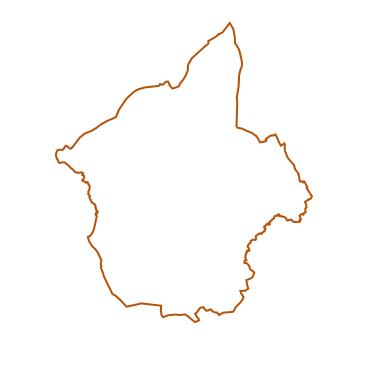 the district of Wachirabarami, Phitsanulok, Thailand, rotated 148°
{"feature_id": "78962969B59938100637315", "entity_name": "Wachirabarami", "entity_type": "district", "adm_level": 2, "iso_a3": "THA", "parent_name": "Thailand", "parent_adm1": "Phitsanulok", "projection": "robinson", "projection_center": [100.102, 16.525], "detail": "fine", "context": "isolated", "style": "outline", "palette": "amber", "viewbox_px": 384, "rotation_deg": 148, "n_neighbors": 0, "source": "geoboundaries", "source_scale": "gbopen_adm2", "svg_char_len": 6022}
<svg xmlns="http://www.w3.org/2000/svg" viewBox="0 0 384 384"><g transform="rotate(148 192 192)"><path d="M94.5,123.6L92.6,124.7L92.7,131.6L92.6,134.6L91.9,134.6L91.6,134.8L91.2,140.6L91.2,141.1L92.6,141.2L92.3,142.3L92.5,142.5L94.6,143.2L94.8,143.5L94.6,145.1L94.3,145.4L93.2,147.9L92.7,148.6L92.6,150.9L91.9,151.3L92.2,154.1L92.5,155.6L92.4,156.9L91.9,158.9L91.2,160.7L92.4,168.0L92.6,171.2L92.5,172.4L91.9,174.1L91.7,176.3L91.3,177.8L90.1,180.1L88.0,183.4L88.0,184.4L90.7,184.1L92.0,184.2L92.0,187.1L91.1,192.9L90.7,196.6L93.3,196.8L93.9,197.7L96.4,198.2L98.8,197.9L100.5,198.0L100.9,197.0L101.8,197.2L102.3,196.0L104.1,196.4L107.9,198.0L107.7,202.8L107.9,205.6L107.9,205.9L108.2,206.0L109.0,207.9L109.6,209.9L113.3,215.1L116.2,219.5L119.6,222.7L119.5,223.5L119.1,224.9L118.4,225.7L106.4,243.6L105.2,245.8L104.7,247.1L103.9,248.4L96.8,256.5L90.1,266.1L86.7,269.5L82.8,272.5L82.1,273.4L81.1,275.1L80.2,277.4L77.3,285.4L76.6,288.2L76.5,291.3L76.5,295.7L73.9,300.0L70.6,308.3L70.5,315.3L80.9,311.4L82.1,311.1L82.8,311.1L85.6,311.8L85.8,311.3L86.6,311.4L90.8,311.0L98.2,311.4L99.3,309.4L99.5,309.1L103.7,308.7L121.2,305.5L124.8,303.6L126.6,302.8L128.5,301.4L129.2,300.4L130.2,298.4L131.7,296.9L136.6,293.5L140.8,291.6L142.5,291.2L143.6,290.7L144.5,290.5L146.0,289.4L146.5,288.8L149.2,288.9L153.7,290.1L153.9,290.3L154.5,294.5L154.0,294.9L153.9,298.5L154.8,298.8L155.6,299.3L158.5,298.8L159.5,298.4L159.8,298.4L160.6,298.9L161.8,300.5L163.2,299.6L164.6,299.9L176.2,305.5L182.4,307.4L185.3,307.8L188.3,307.8L195.6,306.4L198.2,305.8L199.4,305.3L210.4,300.5L216.9,295.8L226.1,297.2L232.9,297.6L239.8,297.0L244.7,297.1L252.3,298.4L258.3,297.6L269.7,293.3L271.7,293.0L272.3,293.2L273.8,297.1L274.2,297.8L274.6,298.1L275.3,297.9L277.8,296.7L278.7,296.4L279.5,296.4L279.8,296.5L280.7,297.2L281.5,297.7L283.1,298.5L284.2,298.6L285.0,298.2L286.5,296.9L287.7,295.6L288.3,294.5L288.4,293.5L289.0,291.7L288.8,289.3L289.2,288.7L289.3,288.2L289.2,287.4L289.0,286.9L288.6,286.5L287.1,286.2L285.5,285.4L284.5,284.8L284.0,284.0L282.3,278.2L282.1,276.5L281.6,275.6L281.1,274.1L280.6,271.1L280.0,270.4L279.6,269.6L278.8,269.2L278.4,268.5L277.9,268.3L277.4,268.2L276.6,267.7L275.9,267.6L275.4,267.3L275.1,267.0L275.0,266.4L274.5,265.7L274.8,265.3L275.5,264.9L276.0,264.8L276.1,264.7L276.0,264.4L275.5,264.1L275.4,263.4L275.0,262.8L275.2,262.2L275.7,261.4L277.1,260.6L278.6,260.4L278.9,260.2L279.0,259.9L278.8,259.5L278.0,258.9L277.0,256.1L276.6,255.9L275.7,256.0L275.4,255.9L275.3,254.7L275.7,253.7L275.9,253.1L275.4,251.6L276.0,250.9L276.8,249.5L277.5,248.9L278.3,248.0L279.4,247.6L279.8,247.1L280.2,246.1L281.1,245.5L281.0,244.0L280.6,242.9L280.8,242.6L281.4,242.4L281.7,242.2L282.1,240.5L282.1,239.1L282.5,238.4L282.5,238.1L282.3,237.0L282.4,235.6L281.3,233.9L280.9,232.6L281.4,231.8L281.3,230.7L282.2,229.9L282.2,228.8L282.8,227.8L282.8,227.4L282.4,226.9L282.6,226.3L282.3,225.5L282.4,225.1L282.8,225.0L283.2,225.4L283.5,225.3L283.7,225.1L283.7,224.5L284.0,224.3L284.4,224.4L284.9,224.9L285.3,224.6L285.4,223.9L285.8,223.5L285.4,222.8L285.5,222.1L285.7,221.8L293.7,213.6L296.6,211.1L297.8,210.3L299.7,209.6L300.6,209.1L301.6,208.7L302.1,208.7L304.0,209.2L304.8,206.9L305.3,204.4L305.4,202.4L305.4,199.3L304.4,195.1L303.9,191.1L304.3,187.1L304.6,186.1L304.9,182.2L307.5,179.5L308.1,176.9L308.3,176.8L309.1,176.7L309.3,176.5L310.8,168.7L311.2,168.1L311.4,167.5L313.5,147.9L312.9,146.4L311.9,144.7L311.5,143.8L309.9,137.9L308.3,129.4L293.9,124.3L278.4,111.9L279.9,109.9L280.5,108.7L281.0,108.7L281.9,106.3L282.7,104.6L283.1,103.4L282.8,101.1L277.9,100.2L276.7,99.7L270.8,96.8L267.7,94.2L263.1,92.1L262.2,90.9L261.7,89.8L258.8,81.1L258.1,80.0L254.0,79.5L253.7,81.1L254.1,83.9L253.9,85.9L253.9,87.0L251.3,87.4L248.2,88.8L246.1,89.5L243.3,88.1L243.3,85.8L242.9,83.8L240.8,82.9L239.4,83.0L238.2,82.4L238.1,81.3L237.7,79.6L236.4,77.8L234.5,76.3L234.6,75.4L234.4,74.8L234.1,74.6L234.2,73.3L229.7,73.1L228.9,72.9L223.2,69.8L220.5,68.7L218.3,69.7L216.1,71.1L208.3,73.0L205.5,74.4L204.1,75.4L204.0,75.5L204.1,78.5L204.0,79.7L203.4,82.5L198.8,79.9L198.5,80.1L197.1,80.3L195.4,80.1L194.7,83.5L192.6,88.4L187.5,87.5L185.5,87.8L182.1,90.4L181.9,90.6L182.2,91.2L182.2,91.5L182.0,92.2L182.6,93.0L183.5,95.5L183.5,96.7L182.7,98.6L182.8,100.0L183.3,102.6L183.8,103.1L185.2,103.8L185.0,104.2L183.9,105.7L181.9,105.5L182.2,106.8L181.4,107.6L180.8,109.6L179.4,110.4L178.6,111.4L178.1,111.2L176.7,113.1L176.1,113.0L175.5,112.1L174.2,112.0L173.8,113.1L173.6,114.2L173.6,115.3L173.8,116.3L173.5,116.6L172.8,117.1L170.6,117.9L168.8,118.1L168.1,119.5L167.1,119.5L165.9,119.3L164.7,118.8L164.2,118.0L163.2,117.8L162.8,118.0L161.6,120.3L160.7,121.0L159.4,120.8L158.2,121.2L157.3,121.0L156.7,120.7L156.2,120.9L155.4,119.8L155.2,119.6L154.5,120.2L153.1,120.3L152.5,120.1L151.9,120.4L151.2,120.2L150.7,121.2L149.6,121.4L149.2,121.6L149.0,122.6L149.5,123.5L149.6,124.0L148.7,124.6L147.0,124.5L146.1,125.2L145.8,125.1L145.3,124.7L144.3,125.0L144.2,124.8L144.6,124.4L144.6,124.1L143.8,124.0L143.6,123.5L143.3,123.2L143.1,123.4L143.2,123.8L142.8,124.2L143.0,124.7L142.9,125.0L142.3,124.9L142.1,125.4L141.8,125.5L141.1,125.4L140.5,125.9L140.2,125.8L139.3,125.7L139.0,125.9L138.6,126.3L137.9,126.2L136.9,126.5L136.4,126.2L135.1,127.5L134.3,127.7L134.1,127.7L133.4,127.1L132.6,127.1L132.2,126.7L131.6,127.3L131.1,127.4L130.1,127.0L129.9,126.6L130.0,126.2L130.5,125.5L130.4,124.8L129.7,124.4L129.0,124.4L128.9,123.8L128.7,123.4L127.4,122.4L126.4,120.9L126.1,119.5L126.6,118.1L126.3,117.4L125.6,117.0L124.1,116.7L122.6,116.1L122.4,115.7L122.2,114.0L122.1,113.4L121.9,113.1L121.2,112.8L120.9,112.1L117.7,110.5L116.7,109.8L116.1,109.6L115.8,109.9L115.6,110.9L115.4,111.3L115.1,111.4L114.5,111.0L114.1,111.1L113.8,112.3L113.5,114.9L113.3,115.0L111.6,115.1L110.7,115.3L109.5,113.7L108.8,114.3L108.3,114.9L106.8,114.6L106.2,114.7L105.7,116.2L105.0,117.6L104.3,118.0L103.1,118.3L102.8,118.8L102.3,120.2L101.9,120.5L101.6,122.1L101.6,123.4L101.5,123.6L100.1,123.9L98.3,123.8L97.2,124.1L96.7,124.0L96.7,123.6L95.6,123.3L94.5,123.6Z" fill="none" stroke="#b45309" stroke-width="2"/></g></svg>